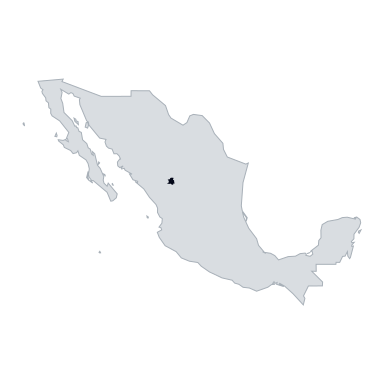 Pánuco de Coronado, Durango, Mexico shown in context
{"feature_id": "50627088B1013780118073", "entity_name": "Pánuco de Coronado", "entity_type": "district", "adm_level": 2, "iso_a3": "MEX", "parent_name": "Mexico", "parent_adm1": "Durango", "projection": "robinson", "projection_center": [-104.338, 24.505], "detail": "fine", "context": "in_parent", "style": "filled", "palette": "ink", "viewbox_px": 384, "rotation_deg": 0, "n_neighbors": 0, "source": "geoboundaries", "source_scale": "gbopen_adm2", "svg_char_len": 4850}
<svg xmlns="http://www.w3.org/2000/svg" viewBox="0 0 384 384"><path d="M38.0,81.3L63.2,79.1L62.0,81.6L101.3,96.4L131.0,96.3L131.1,90.7L149.5,90.8L152.6,94.8L165.5,105.6L168.6,114.6L171.0,118.1L183.0,125.2L186.9,122.6L189.8,115.9L193.4,114.4L202.2,115.6L209.5,123.0L214.4,133.6L222.9,143.3L223.5,149.4L227.3,157.0L245.8,164.1L248.3,163.0L243.0,182.6L241.3,205.9L242.3,210.9L247.2,217.7L246.2,221.3L246.4,217.7L242.4,211.9L243.7,217.2L248.7,228.2L256.6,238.7L258.5,245.3L264.1,252.0L262.6,251.8L265.8,253.4L264.8,252.4L270.6,253.3L274.8,255.6L278.5,259.9L288.2,256.6L295.4,256.2L300.2,253.6L305.2,253.1L306.3,254.1L305.9,255.4L310.1,256.3L312.8,254.2L312.0,250.8L310.7,251.6L311.0,250.9L318.4,245.2L318.8,240.5L321.0,237.8L320.9,230.2L322.2,224.6L327.8,221.3L337.9,219.5L342.3,217.6L347.2,217.2L355.4,219.1L356.0,217.9L353.9,217.8L356.7,217.0L360.0,219.5L360.7,222.8L359.1,227.3L354.0,234.2L353.9,238.8L351.3,241.6L351.8,242.7L354.2,242.3L351.7,245.2L351.8,246.4L353.4,246.0L350.4,257.5L349.6,258.6L347.8,256.0L347.4,251.6L345.1,256.1L342.6,256.4L339.7,262.4L336.1,262.3L335.9,264.3L316.1,264.3L316.2,271.3L311.7,271.2L322.6,282.0L322.4,285.9L308.4,286.0L303.5,295.9L304.9,298.4L303.3,304.9L293.0,293.7L284.7,286.2L279.7,283.3L279.2,284.0L283.8,286.6L276.6,284.3L277.1,282.5L275.2,283.3L274.0,281.7L272.7,283.4L275.1,284.2L271.5,284.6L267.9,287.2L256.6,291.2L249.3,288.0L243.1,287.3L238.9,284.3L234.7,283.1L232.1,280.2L222.0,277.9L209.4,271.9L201.3,266.3L197.8,262.5L189.4,261.2L181.3,257.9L176.2,251.7L165.1,245.7L159.3,237.4L157.3,232.3L161.7,229.9L161.0,227.8L159.0,227.1L161.9,223.2L162.3,218.6L159.9,217.0L157.5,212.4L157.6,208.2L156.0,204.5L149.5,197.4L143.8,188.9L135.0,181.5L137.5,182.9L137.7,181.3L133.0,179.8L129.5,174.0L132.0,174.1L125.1,170.2L124.2,168.3L121.6,169.0L121.2,168.1L123.1,165.9L119.8,167.6L117.8,165.9L117.4,162.1L119.9,158.8L120.7,159.4L119.1,155.9L116.9,153.7L114.0,153.8L112.1,149.1L108.5,148.1L106.4,146.1L105.0,142.0L106.0,139.4L99.7,138.1L88.9,125.0L88.3,121.9L86.7,120.9L79.9,104.7L79.4,99.8L80.2,98.2L74.2,96.1L72.9,93.5L70.9,92.6L68.8,94.1L60.7,89.2L62.1,92.4L60.9,98.5L62.7,103.3L64.0,112.5L72.2,120.7L74.8,126.2L76.0,125.9L76.6,127.6L77.8,127.8L79.0,131.3L81.3,132.4L82.6,139.8L86.8,143.6L88.2,147.8L90.2,149.1L91.6,154.1L93.3,155.3L92.4,151.6L94.7,153.7L97.5,165.2L100.2,168.4L103.8,176.6L103.2,180.1L104.0,183.2L107.1,186.2L108.2,183.1L117.2,193.9L116.3,197.8L112.8,200.8L110.8,201.2L107.1,192.3L93.1,180.5L91.8,180.7L89.0,177.0L88.4,174.4L89.3,168.9L88.1,163.6L86.0,159.9L79.3,155.3L77.9,150.8L76.6,152.7L73.1,153.6L70.6,150.5L64.3,147.4L63.3,144.8L58.6,141.0L58.2,139.7L63.1,140.4L66.0,139.3L66.0,140.5L68.4,141.7L67.5,138.7L66.4,138.5L68.8,132.4L59.7,120.9L52.1,115.9L50.7,113.3L50.8,109.1L48.9,107.7L48.4,102.8L46.0,100.8L45.7,97.9L42.4,93.4L41.9,91.3L43.0,89.8L40.7,88.0L38.0,81.3ZM88.5,125.2L87.6,128.1L85.2,127.1L86.2,122.7L87.7,122.3L88.5,125.2ZM78.4,124.6L74.9,121.4L74.0,118.1L75.8,119.2L76.2,121.0L78.0,121.5L78.4,124.6ZM359.2,233.4L358.3,232.4L358.7,231.0L361.0,229.9L359.2,233.4ZM89.1,180.6L86.6,177.6L88.1,171.4L87.7,177.0L89.1,180.6ZM56.8,136.8L54.9,136.4L56.3,133.1L57.1,135.5L56.8,136.8ZM24.6,126.0L23.0,123.9L23.4,122.9L24.0,123.0L24.6,126.0ZM91.2,180.7L92.7,183.1L89.6,180.8L91.2,180.7ZM148.4,217.1L148.0,218.1L147.2,217.7L146.9,216.0L148.4,217.1ZM104.8,174.5L105.4,176.3L103.7,174.0L104.8,174.5ZM98.7,162.0L99.6,162.9L98.2,164.6L98.7,162.0ZM100.6,252.8L99.9,253.0L99.0,252.3L99.8,251.3L100.6,252.8ZM308.7,253.1L307.0,253.6L310.0,252.5L308.7,253.1ZM113.2,185.1L112.3,184.9L112.2,183.1L113.2,185.1Z" fill="#d9dde1" stroke="#a8b0b8" stroke-width="1"/><path d="M169.2,182.9L169.4,182.9L169.6,182.9L169.5,183.1L169.8,183.1L170.1,182.9L170.2,182.7L170.3,182.8L170.4,182.7L170.6,182.7L170.5,182.8L170.8,182.7L170.9,182.8L171.0,182.9L171.2,183.0L171.4,182.8L171.4,182.7L171.5,182.8L171.4,182.9L171.4,183.0L171.5,183.0L171.7,183.3L171.7,183.5L171.8,183.6L171.9,183.8L172.0,183.8L172.0,183.6L172.4,183.8L172.4,183.7L172.5,183.5L172.5,183.1L173.5,182.8L173.4,182.7L173.4,182.8L173.4,182.7L173.3,182.8L173.2,182.7L173.3,182.7L173.2,182.5L173.1,182.4L173.1,182.2L173.3,182.1L173.2,181.8L173.3,181.7L173.3,181.8L173.4,181.7L173.3,181.4L173.2,181.4L173.0,181.2L173.0,180.9L172.9,180.9L172.5,180.9L172.8,180.7L172.4,180.1L171.9,179.0L171.9,178.7L172.5,178.8L172.6,178.5L171.8,178.4L171.7,178.4L171.6,178.5L171.4,178.7L171.2,178.6L170.9,178.6L170.8,178.8L170.9,179.0L171.0,179.2L171.2,179.3L170.9,179.4L170.7,179.4L170.6,179.5L170.5,179.8L170.3,179.8L170.3,180.1L170.2,180.1L170.4,180.4L170.4,180.5L170.3,180.4L170.0,180.3L170.0,180.5L169.9,180.4L169.2,180.3L169.4,180.6L169.5,180.7L169.8,181.1L169.6,181.1L169.6,181.3L169.6,181.5L169.7,181.8L169.8,181.8L170.4,181.9L170.5,182.0L170.4,182.2L170.2,182.2L169.9,182.1L170.0,182.3L169.6,182.6L169.2,182.9Z" fill="#0f172a" stroke="#020617" stroke-width="1.5"/></svg>